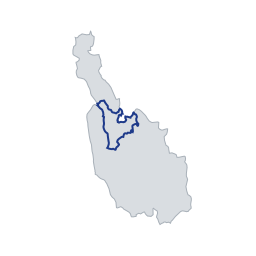 Salzburg on a map of Austria (Equal Earth projection), rotated 72°
{"feature_id": "AUT-2327", "entity_name": "Salzburg", "entity_type": "State", "adm_level": 1, "iso_a3": "AUT", "parent_name": "Austria", "parent_adm1": "", "projection": "equal_earth", "projection_center": [12.999, 47.494], "detail": "fine", "context": "in_parent", "style": "outline", "palette": "blue", "viewbox_px": 256, "rotation_deg": 72, "n_neighbors": 0, "source": "natural_earth", "source_scale": "10m", "svg_char_len": 6510}
<svg xmlns="http://www.w3.org/2000/svg" viewBox="0 0 256 256"><g transform="rotate(72 128 128)"><path d="M24.3,142.7L26.6,138.5L27.2,135.8L25.2,134.3L24.4,133.8L25.1,133.5L27.9,133.8L29.6,132.9L30.6,132.0L33.0,132.8L36.6,134.5L38.3,135.6L39.0,136.5L39.4,137.2L39.1,138.4L39.9,138.9L41.6,139.1L42.8,139.5L42.3,141.1L42.2,142.4L43.8,142.2L45.8,141.2L47.4,139.4L48.3,137.6L49.1,133.2L49.4,132.9L50.5,133.2L55.3,133.0L57.6,133.8L61.2,134.0L61.1,134.6L61.7,135.7L63.3,137.2L64.1,138.2L65.7,138.4L68.3,137.9L69.8,137.3L70.4,137.7L72.7,137.3L74.8,136.1L75.3,135.1L77.4,134.5L80.3,132.9L84.2,131.7L96.9,130.5L97.4,129.5L97.3,127.4L97.6,127.0L99.2,127.6L101.8,128.1L103.8,128.9L105.0,129.9L106.2,129.9L108.1,129.2L110.6,128.7L112.9,129.8L113.6,130.9L113.2,131.5L113.2,132.4L113.9,133.2L115.8,134.4L118.2,135.5L119.5,135.4L120.0,134.4L120.4,131.9L120.6,129.2L120.0,127.7L118.7,127.3L117.2,127.2L116.3,126.9L116.6,126.1L117.9,123.9L117.8,121.0L115.0,117.7L112.6,114.6L112.6,113.5L114.1,111.6L116.3,110.1L121.3,107.6L122.9,107.1L124.9,106.7L127.8,105.7L129.2,104.6L130.2,103.5L131.5,97.6L131.9,97.4L132.3,97.0L137.4,99.0L137.8,98.7L138.7,98.4L140.3,96.8L140.7,95.6L140.6,93.4L140.8,91.3L141.1,90.6L141.9,90.9L144.1,92.0L145.8,93.2L147.4,96.3L151.3,97.1L156.1,97.2L157.8,95.8L159.3,95.5L161.1,95.9L164.8,96.4L165.2,93.9L167.3,91.3L168.3,90.4L171.0,90.5L171.6,88.5L172.2,83.1L172.8,82.5L174.8,82.7L176.7,83.6L177.3,84.4L178.4,84.4L179.8,83.8L181.4,83.5L183.8,84.0L189.2,86.5L191.9,87.4L193.6,87.2L195.3,87.2L201.6,91.0L206.0,91.6L210.0,91.6L211.2,90.4L212.9,89.5L214.7,89.6L216.2,90.1L219.3,91.7L220.7,92.2L222.6,92.4L223.9,92.8L225.2,95.7L225.9,96.4L225.8,96.8L225.7,98.1L224.7,99.7L223.6,101.9L223.7,103.8L226.8,110.3L229.4,114.3L230.0,115.8L231.7,117.0L230.1,118.5L229.9,120.7L228.9,121.6L228.6,122.9L229.1,124.0L229.1,125.4L229.7,127.4L227.2,127.8L224.2,127.8L223.1,127.9L222.1,128.4L221.1,128.2L218.3,126.3L216.8,125.9L215.7,126.0L214.9,126.8L213.5,127.8L212.2,128.6L212.5,129.2L218.2,130.9L219.2,133.4L218.2,135.5L217.9,136.5L216.6,137.3L214.9,138.0L213.0,138.2L212.8,139.3L213.6,142.6L213.0,143.3L212.4,144.4L213.0,147.1L214.3,147.3L214.5,147.9L214.3,149.0L214.2,150.2L213.8,151.4L213.6,152.0L212.8,152.3L210.2,152.2L208.1,153.2L203.8,157.1L202.3,157.7L200.6,159.2L200.8,162.6L200.6,162.9L200.2,163.6L194.9,162.4L191.3,162.9L188.9,164.4L186.0,165.3L179.9,164.8L174.0,165.4L172.6,165.9L171.0,166.2L169.6,167.1L168.8,168.3L167.3,169.9L165.2,171.2L163.0,172.2L162.4,173.0L161.7,173.5L160.4,172.8L159.4,172.9L158.1,172.5L153.9,172.0L149.3,171.3L147.1,170.5L144.6,170.0L141.9,169.5L139.5,169.4L138.3,169.2L132.6,167.9L128.8,167.9L123.7,167.3L113.8,165.5L110.9,164.7L108.1,164.5L104.8,163.8L102.3,162.7L100.8,160.7L99.1,158.0L96.0,154.5L95.3,152.8L96.3,151.2L97.3,150.1L97.2,149.6L96.4,149.3L90.9,150.8L85.6,152.7L83.5,152.8L81.5,152.4L78.8,152.3L76.3,152.8L71.1,153.1L68.0,154.5L66.1,157.2L65.0,159.4L64.1,160.1L62.3,160.4L59.6,160.2L57.7,159.5L55.8,157.7L52.8,157.4L50.1,157.3L49.4,157.0L49.4,155.8L48.4,153.5L46.6,152.8L41.9,157.1L40.6,157.5L36.9,156.3L33.7,154.4L33.3,153.1L32.8,152.0L30.1,150.9L26.7,150.2L25.6,150.2L26.1,149.6L26.5,148.5L26.2,147.6L25.5,146.7L25.0,145.7L24.9,144.8L24.7,144.0L24.6,143.3L24.3,142.7Z" fill="#d9dde1" stroke="#a8b0b8" stroke-width="1"/><path d="M97.3,149.9L97.4,149.4L96.7,149.2L95.4,149.5L95.4,149.4L95.4,148.0L95.3,147.6L95.1,147.1L94.9,146.9L94.4,146.6L94.2,146.4L94.1,146.0L94.0,145.6L94.0,145.0L94.1,144.5L94.5,143.1L94.4,142.4L95.2,142.1L95.6,142.0L96.4,142.0L99.5,141.0L100.4,140.5L100.8,140.5L101.2,140.5L101.8,140.8L102.1,140.9L102.5,141.0L103.4,140.8L104.0,140.7L104.3,140.5L104.6,140.2L104.9,139.8L105.2,139.2L105.4,138.9L105.5,138.7L106.0,138.5L107.3,138.4L107.7,138.3L107.9,138.2L108.2,138.0L108.4,137.7L108.6,137.5L109.2,136.4L109.4,136.0L110.0,135.4L110.2,135.1L110.3,134.9L110.4,134.7L109.8,133.3L109.7,132.9L109.6,132.6L109.8,132.4L109.8,132.2L109.7,132.0L109.4,131.8L108.5,131.2L107.9,130.8L107.2,129.7L108.2,129.0L108.7,128.7L109.7,128.5L110.6,128.5L112.2,128.9L112.6,128.8L112.4,129.4L112.8,129.9L113.5,130.3L114.0,130.8L113.3,131.1L112.9,131.9L113.1,132.8L113.8,133.2L114.2,133.3L114.4,133.4L114.7,133.5L115.9,134.7L117.2,135.6L117.5,135.7L117.8,135.6L118.0,135.5L118.3,135.5L118.5,135.6L118.7,135.8L118.9,135.9L119.2,135.9L119.3,135.7L120.1,134.9L120.1,134.6L120.0,134.4L120.0,134.2L119.9,134.0L119.9,133.8L119.9,133.2L120.2,132.6L120.2,131.7L120.2,131.8L120.7,131.3L120.7,131.2L121.0,130.5L121.1,130.4L121.1,130.0L121.1,129.5L121.1,129.1L120.9,128.6L120.3,127.8L120.0,127.4L119.6,127.2L119.2,127.2L118.5,127.4L118.1,127.5L116.6,127.2L116.2,126.9L116.7,126.2L116.9,125.9L116.9,125.7L117.0,125.2L118.9,122.5L118.7,122.4L118.2,121.7L117.2,119.8L116.8,119.4L116.6,119.3L116.0,118.8L115.4,118.5L115.1,118.2L115.0,117.9L115.5,117.6L116.8,117.3L117.1,117.1L117.4,116.5L117.7,116.2L118.3,116.1L119.4,116.0L120.1,116.1L120.8,116.5L121.5,117.2L121.7,117.3L121.8,117.3L122.9,117.7L123.9,117.8L125.5,117.6L127.3,116.9L128.2,117.4L128.4,117.5L128.7,117.6L128.9,117.9L128.9,118.2L128.6,118.4L128.3,118.5L127.9,118.5L127.1,118.3L126.9,118.3L126.7,118.6L126.6,118.9L126.5,119.3L126.5,120.3L126.5,120.7L126.6,121.2L126.9,122.5L127.0,122.8L127.3,123.1L127.7,123.3L132.6,124.3L133.3,124.8L132.9,125.1L132.5,125.2L131.4,125.2L131.2,125.4L131.2,125.5L131.3,125.8L131.6,126.0L131.8,126.2L132.4,126.4L133.1,126.4L133.3,126.8L133.4,127.1L132.4,129.7L132.9,130.4L133.0,130.7L132.9,131.1L132.7,131.3L132.3,132.0L132.2,132.4L132.2,132.9L132.4,133.4L133.4,134.3L135.0,135.2L134.7,135.7L134.6,136.3L134.5,136.6L134.8,137.8L135.6,140.2L136.3,141.5L137.2,142.2L137.6,142.5L138.1,142.6L138.4,142.5L138.8,142.2L139.3,142.0L140.0,142.0L140.4,141.7L140.8,141.6L141.2,141.8L141.7,142.6L142.3,143.4L142.4,143.8L142.5,144.1L142.6,144.4L142.8,144.8L143.7,145.8L144.6,146.3L144.8,146.6L144.7,146.9L144.2,147.5L143.4,148.2L143.2,148.5L143.1,149.0L143.2,149.7L143.0,150.1L142.7,150.8L141.6,152.7L140.5,153.9L139.7,152.9L137.4,151.3L136.4,150.9L135.7,150.7L134.5,150.6L131.7,150.1L131.1,150.0L128.6,149.5L127.5,149.2L127.0,149.2L126.6,149.3L125.9,149.9L125.3,150.3L123.9,150.9L122.8,151.1L120.7,151.2L119.9,151.1L119.4,151.0L118.9,150.8L116.8,149.6L115.4,149.2L114.6,149.1L112.9,148.7L111.6,148.2L110.6,147.6L110.2,147.5L110.0,147.4L109.8,147.5L109.7,147.6L109.7,147.8L109.6,148.0L109.1,148.3L108.0,147.4L107.6,147.2L107.0,147.1L106.3,147.0L105.5,146.8L104.8,146.8L103.8,146.9L103.2,146.9L102.6,147.0L102.2,147.2L100.5,148.5L98.1,149.5L97.3,149.9Z" fill="none" stroke="#1e3a8a" stroke-width="2"/></g></svg>